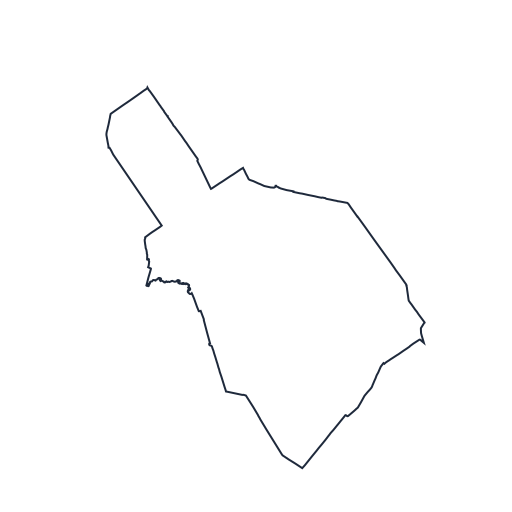 Cujmir, Mehedinti, Romania, rotated 235°
{"feature_id": "2599482B72848600884010", "entity_name": "Cujmir", "entity_type": "district", "adm_level": 2, "iso_a3": "ROU", "parent_name": "Romania", "parent_adm1": "Mehedinti", "projection": "orthographic", "projection_center": [22.937, 44.205], "detail": "fine", "context": "isolated", "style": "outline", "palette": "slate", "viewbox_px": 512, "rotation_deg": 235, "n_neighbors": 0, "source": "geoboundaries", "source_scale": "gbopen_adm2", "svg_char_len": 5923}
<svg xmlns="http://www.w3.org/2000/svg" viewBox="0 0 512 512"><g transform="rotate(235 256 256)"><path d="M230.0,361.6L231.5,361.6L241.3,361.5L245.2,361.6L246.7,361.4L247.1,361.3L248.4,360.0L252.5,356.0L253.7,354.7L254.0,354.3L254.5,354.0L255.1,353.5L256.7,351.9L259.3,349.5L262.3,346.6L262.9,346.2L263.6,346.0L265.5,344.2L266.0,343.6L266.1,343.1L268.6,340.7L271.2,338.4L276.3,333.5L280.6,329.6L282.3,327.8L287.0,323.4L287.4,323.8L287.9,323.4L292.4,318.9L297.0,315.1L299.0,313.8L299.3,313.9L299.8,313.6L301.2,312.7L301.6,312.4L302.0,312.7L302.3,312.3L301.8,311.7L301.5,311.1L301.5,310.9L301.6,310.6L301.7,310.3L301.7,309.9L303.7,307.4L308.6,302.9L312.4,300.7L314.0,299.6L318.8,296.8L322.1,294.4L322.7,294.2L323.7,294.1L325.8,294.5L329.2,294.9L333.1,295.6L333.8,295.7L334.5,295.6L335.6,295.9L335.8,293.2L335.9,284.3L336.1,280.8L336.3,271.2L336.5,267.4L336.5,266.2L336.7,258.1L336.8,257.6L338.4,257.8L358.8,261.2L359.8,261.4L364.6,262.0L367.6,262.5L368.2,263.5L368.5,263.7L369.4,263.9L372.1,263.8L379.0,263.8L380.4,263.8L384.7,263.8L388.7,263.9L390.7,263.8L397.8,263.9L399.2,263.8L402.8,263.7L405.1,263.6L408.3,263.5L409.4,263.3L410.0,263.2L410.4,263.2L411.6,263.4L413.8,263.5L420.9,263.5L421.1,263.8L421.3,263.6L426.6,263.5L427.4,263.7L433.1,263.6L433.7,263.7L435.1,263.6L444.8,263.7L452.2,263.6L453.2,263.4L456.3,263.7L456.0,263.3L455.8,263.1L455.7,261.5L455.8,259.1L455.7,251.0L455.7,249.9L455.7,241.2L455.8,232.9L455.8,228.6L455.8,226.1L455.8,218.5L454.3,216.8L453.3,215.9L448.1,210.4L446.1,208.1L445.5,207.5L444.8,206.7L443.5,205.1L442.9,204.5L441.7,203.4L440.6,202.7L433.9,199.6L430.9,198.3L429.7,197.5L429.3,197.3L428.7,198.1L425.7,197.9L421.7,197.3L420.6,197.2L344.7,196.3L335.0,196.2L334.9,194.4L335.0,187.5L335.1,185.0L335.1,181.9L335.0,179.1L334.9,175.9L333.8,175.2L333.4,174.5L333.1,174.1L331.8,173.3L328.9,171.8L327.4,171.1L325.8,170.2L323.9,169.7L321.5,168.6L321.1,168.3L320.5,167.9L319.4,167.6L315.6,164.8L314.7,165.5L314.6,165.8L314.9,166.3L314.7,166.4L314.2,166.0L314.0,165.8L313.5,165.4L312.7,165.3L309.7,162.6L308.7,161.2L306.0,162.7L305.5,162.3L303.0,159.2L300.3,155.8L294.7,149.3L294.4,149.4L294.5,150.1L294.4,150.3L294.2,150.5L293.6,150.3L293.4,150.2L293.1,150.4L293.0,150.8L293.1,151.1L293.4,151.3L293.6,151.7L294.0,151.6L294.3,151.2L294.6,151.2L294.8,151.5L295.0,151.8L295.0,152.0L294.2,152.5L294.3,153.2L295.4,154.2L295.5,154.5L295.4,154.9L295.4,155.2L295.1,155.6L294.9,156.0L294.9,156.3L295.1,157.1L295.3,157.6L295.1,158.3L294.8,158.7L294.2,159.2L293.7,159.4L293.5,159.6L293.7,160.0L293.8,160.9L293.6,161.3L293.6,161.9L293.5,162.4L293.8,163.0L293.9,163.4L293.7,163.9L293.4,164.3L292.8,164.8L292.3,165.1L291.8,165.1L291.6,165.0L291.3,164.8L291.3,164.6L291.7,164.5L291.8,164.4L292.0,163.9L291.6,163.5L291.1,163.4L290.6,163.4L290.2,163.5L290.2,163.9L290.0,164.3L289.6,164.8L289.3,164.9L289.1,165.0L288.8,165.1L288.1,165.7L287.8,165.7L287.2,165.6L286.9,165.8L286.9,166.1L286.8,166.5L286.5,166.5L286.4,166.7L286.7,167.6L286.7,167.9L286.6,168.1L286.1,168.1L285.6,168.4L285.3,169.4L284.4,170.1L284.3,170.4L283.9,171.9L284.0,172.4L283.5,173.3L282.4,173.9L281.4,174.8L281.4,175.2L281.0,175.8L281.0,176.1L281.0,176.6L280.8,176.7L280.9,177.5L281.2,177.7L281.1,178.2L280.9,178.5L279.8,179.2L279.5,179.2L279.7,178.6L279.7,178.3L279.2,178.2L279.2,177.7L278.9,177.1L278.6,177.0L278.4,177.0L277.6,177.5L277.3,177.5L277.1,177.8L277.1,178.1L277.0,178.4L276.9,178.7L276.3,178.7L276.1,178.8L275.7,179.2L275.8,179.3L275.7,179.5L275.3,179.9L275.4,180.1L275.5,180.3L275.8,180.2L275.9,180.3L275.8,180.7L275.6,181.0L275.4,181.1L275.2,181.2L274.3,181.0L274.2,181.2L274.2,182.2L274.0,182.5L273.8,182.6L273.4,182.4L273.2,182.4L273.1,182.7L273.1,182.9L273.2,183.1L273.3,183.4L273.0,183.6L272.7,183.5L272.4,183.8L272.1,183.9L272.0,184.0L271.7,183.8L271.2,184.0L271.1,184.3L270.8,184.5L270.1,184.2L269.8,183.9L269.2,183.1L269.2,182.4L268.8,182.3L268.4,182.4L268.2,182.8L268.3,183.0L267.9,183.3L267.5,183.4L266.6,183.1L266.4,182.5L266.2,182.4L266.2,181.7L266.1,181.4L266.2,181.2L266.4,181.0L266.7,181.4L266.9,181.5L267.0,181.4L267.1,181.2L267.0,180.8L266.3,179.9L265.4,179.5L263.6,179.8L263.3,180.1L262.8,180.1L262.4,180.7L262.1,181.3L262.3,182.0L260.6,181.7L256.5,180.8L248.1,178.5L243.6,177.5L243.4,177.6L242.8,179.2L234.1,177.0L233.5,176.5L231.1,175.6L221.1,171.9L211.0,168.3L211.1,168.1L211.1,167.7L211.0,167.4L210.7,167.1L210.3,166.9L209.9,166.8L209.4,166.9L208.9,167.3L208.4,167.7L207.8,168.0L207.3,168.0L206.8,167.9L205.3,167.4L202.9,166.8L200.1,165.8L196.8,164.8L191.0,162.9L190.2,162.7L186.0,161.2L184.7,160.9L181.8,159.8L176.9,158.4L166.6,155.1L163.9,154.3L162.2,153.7L161.0,154.9L150.2,165.0L149.4,166.2L147.5,167.7L134.0,167.1L124.6,166.4L123.6,166.2L120.9,166.0L119.7,165.8L107.8,165.0L79.0,163.4L77.5,163.4L70.3,166.2L63.3,169.2L55.7,172.2L56.6,176.1L59.8,187.0L61.7,193.8L62.8,197.4L64.1,202.3L65.5,207.2L67.3,212.9L67.5,213.7L67.8,214.5L68.2,215.7L69.1,219.6L74.0,236.8L74.3,237.5L74.3,238.0L73.9,238.4L72.6,238.8L72.2,239.2L72.1,239.7L72.8,247.3L73.0,248.9L73.1,249.8L73.2,250.0L73.4,252.4L73.7,253.1L74.9,255.7L76.0,258.1L79.2,264.6L79.5,265.6L80.6,269.7L80.8,270.7L81.3,272.9L82.0,275.3L82.9,276.8L83.5,277.6L83.7,278.0L86.1,281.8L87.2,283.7L89.0,286.3L89.9,288.1L90.3,289.0L93.6,294.4L94.0,295.3L94.6,297.3L95.0,298.4L95.0,298.7L95.1,299.0L94.1,299.3L94.3,301.0L94.3,303.2L94.2,304.8L94.2,307.4L94.1,309.3L93.9,315.2L93.8,316.1L93.8,317.6L93.8,322.5L93.7,326.4L93.7,329.0L93.7,329.9L93.9,330.5L94.0,334.7L93.8,339.8L93.7,342.0L93.3,342.4L93.0,342.6L91.9,342.8L88.6,343.7L95.8,346.1L97.7,346.8L98.2,347.0L101.5,349.1L102.3,349.7L104.6,355.1L104.7,355.9L105.0,356.0L114.9,355.7L117.9,355.8L120.8,355.6L127.2,355.6L128.8,355.5L131.7,355.5L132.3,355.7L134.3,356.7L136.2,357.7L141.2,360.2L144.0,361.7L145.6,362.2L145.8,362.3L145.8,362.5L146.1,362.5L146.5,362.7L157.8,362.6L164.1,362.4L166.7,362.5L173.8,362.5L201.5,362.1L217.1,362.0L230.0,361.8L230.0,361.6Z" fill="none" stroke="#1e293b" stroke-width="2"/></g></svg>